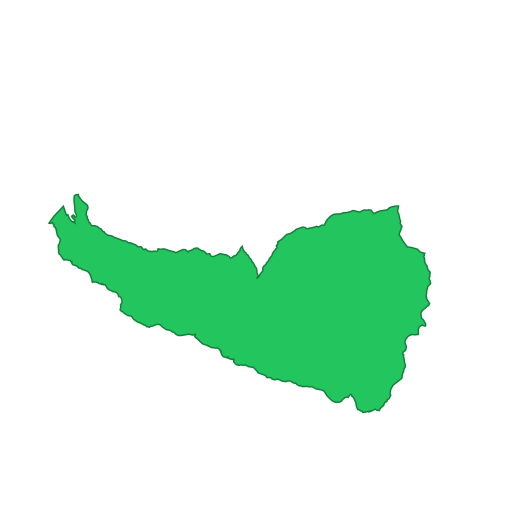 the district of Leresti, Arges, Romania, rotated 124°
{"feature_id": "2599482B20618931302100", "entity_name": "Leresti", "entity_type": "district", "adm_level": 2, "iso_a3": "ROU", "parent_name": "Romania", "parent_adm1": "Arges", "projection": "robinson", "projection_center": [25.045, 45.399], "detail": "fine", "context": "isolated", "style": "filled", "palette": "green", "viewbox_px": 512, "rotation_deg": 124, "n_neighbors": 0, "source": "geoboundaries", "source_scale": "gbopen_adm2", "svg_char_len": 6086}
<svg xmlns="http://www.w3.org/2000/svg" viewBox="0 0 512 512"><g transform="rotate(124 256 256)"><path d="M255.7,272.8L258.4,273.2L260.9,272.4L262.9,272.9L266.1,272.7L269.0,274.7L270.4,274.8L271.8,275.6L272.0,276.0L271.5,277.7L271.6,281.0L274.2,287.1L277.6,289.1L280.0,290.8L280.9,291.9L281.2,293.8L280.0,295.6L280.1,296.0L281.6,297.3L281.8,298.1L281.1,301.5L282.1,304.7L282.3,309.4L284.3,311.4L286.3,312.2L290.0,314.7L290.6,314.6L290.2,318.1L291.5,320.2L298.2,324.4L298.2,326.0L300.1,331.0L301.3,335.7L301.8,336.7L303.6,338.5L304.5,340.1L304.4,340.6L305.1,341.2L306.5,340.5L307.6,340.7L309.1,343.4L310.4,344.6L312.1,348.0L312.3,349.3L311.9,351.1L312.2,351.9L313.3,352.2L313.3,352.7L313.4,353.9L312.5,356.3L314.4,359.2L314.0,361.8L315.4,367.7L316.3,369.1L316.4,372.5L318.0,375.4L318.0,377.0L319.9,384.1L319.9,386.2L320.5,388.2L321.6,390.3L321.7,392.5L321.5,393.8L320.9,395.3L321.2,396.6L320.2,399.7L320.6,401.0L320.4,404.0L320.8,406.2L322.7,409.0L322.7,409.7L321.4,411.7L321.6,412.9L321.4,413.4L319.7,415.4L319.6,416.4L317.7,418.0L317.0,419.6L314.1,421.4L310.0,422.1L308.2,424.2L307.4,431.7L305.6,436.5L304.3,437.7L305.9,439.5L307.2,440.2L308.4,440.0L312.2,437.6L317.7,432.8L319.7,431.6L321.1,430.0L322.0,428.4L323.5,427.0L325.2,427.5L325.1,428.6L324.6,429.0L324.9,429.1L324.2,430.4L326.2,431.1L327.3,428.3L327.2,426.5L327.8,426.0L329.2,426.2L329.3,425.4L329.7,425.5L329.9,425.0L330.3,427.8L329.9,430.2L328.8,432.6L326.9,435.2L328.0,435.7L327.8,436.5L322.5,443.5L335.6,445.7L344.5,446.0L344.2,444.9L342.1,443.2L343.0,442.0L342.7,441.2L344.6,440.0L344.4,438.6L345.9,436.5L345.5,436.2L347.2,435.2L350.1,432.0L351.5,427.8L352.1,427.1L356.3,425.8L357.1,426.0L358.0,425.7L363.4,421.6L364.5,420.1L364.4,419.1L366.7,413.3L366.4,412.4L365.4,411.8L363.6,407.2L364.3,406.0L363.7,405.4L364.6,405.1L365.7,403.3L364.6,399.6L364.6,397.6L365.1,396.1L364.4,394.8L364.2,393.3L364.5,392.6L364.0,391.7L363.0,387.5L363.2,385.5L363.8,383.8L366.9,379.3L369.3,377.1L369.3,376.8L368.4,376.4L368.0,375.4L367.3,374.9L366.4,371.6L366.7,370.6L365.9,369.3L365.9,367.9L365.6,367.6L364.9,367.8L365.1,366.1L364.1,364.9L365.8,361.6L366.3,359.5L365.8,357.6L365.6,354.9L364.4,352.1L364.3,351.0L364.5,350.0L365.1,348.6L366.2,347.5L366.3,346.9L365.8,346.0L365.9,344.7L368.0,342.1L369.2,341.2L372.4,340.9L374.3,339.3L376.4,338.7L376.9,338.1L377.1,336.3L376.8,335.2L377.1,333.5L377.1,329.7L376.9,328.6L375.7,326.2L375.8,324.8L377.1,321.7L376.7,320.0L377.1,318.8L376.7,315.7L376.1,314.8L376.1,312.6L375.6,311.5L376.0,310.8L375.4,309.3L375.6,306.8L374.7,305.1L374.7,304.5L373.4,304.2L371.9,302.5L368.9,300.6L367.5,299.1L366.6,296.9L367.2,294.1L367.2,288.9L366.5,287.9L365.7,285.5L365.5,283.7L365.7,283.1L365.1,280.9L365.7,279.0L365.5,276.4L364.0,273.8L358.5,268.1L357.6,266.2L357.2,264.5L354.8,262.5L355.4,262.1L356.8,262.0L357.3,261.0L357.9,255.5L358.2,254.8L358.7,251.3L357.6,247.2L356.7,241.4L355.7,239.9L355.5,238.8L353.8,236.5L353.7,235.8L353.8,234.3L354.2,233.8L354.0,233.0L354.4,232.7L354.4,232.2L354.9,232.1L355.4,230.8L356.0,230.8L357.6,227.7L357.6,226.2L356.8,224.4L356.7,223.2L355.7,222.8L356.4,222.5L355.6,219.0L355.2,218.0L354.9,218.1L354.4,217.1L353.9,216.9L354.5,216.1L355.6,215.8L356.6,214.5L357.0,211.3L356.1,208.9L354.9,207.9L353.8,205.6L352.4,204.0L351.8,200.1L349.8,195.8L350.8,191.2L351.7,188.9L349.7,181.2L350.6,179.3L350.3,178.3L348.6,175.9L349.0,174.0L348.8,172.8L347.7,170.6L346.4,169.6L345.6,168.4L345.3,165.0L344.9,164.1L343.6,161.2L341.0,158.8L340.5,157.9L340.3,153.9L339.3,151.7L339.7,150.3L339.4,147.3L338.5,146.6L338.3,144.4L335.4,140.5L335.0,139.3L333.0,136.2L332.8,135.0L332.8,132.6L330.3,126.5L330.0,123.9L332.2,118.8L333.4,112.7L333.0,108.5L330.4,105.1L328.6,104.0L325.8,103.8L323.4,102.9L322.0,101.5L321.5,100.5L318.2,100.5L317.6,100.0L317.8,99.1L318.4,98.5L318.8,95.9L319.3,95.1L321.8,91.2L324.7,88.4L326.5,85.8L326.1,85.3L325.8,82.0L325.3,81.0L325.9,79.9L323.9,77.6L322.7,76.8L322.2,75.4L321.3,75.5L320.9,75.1L321.4,74.7L321.1,74.2L316.4,71.6L316.2,69.4L315.4,67.5L311.8,67.6L308.4,66.6L306.6,67.2L305.1,67.2L304.2,66.5L302.9,66.3L301.4,66.9L300.4,66.0L299.1,66.0L296.1,66.4L295.2,67.9L291.6,69.6L286.7,70.2L275.9,66.7L271.7,68.7L269.8,68.9L267.0,70.0L264.5,70.2L263.5,70.7L260.9,73.6L259.1,75.1L256.3,78.0L255.5,78.1L255.2,79.3L254.3,80.0L252.8,80.3L250.9,79.3L248.8,79.8L247.0,80.7L244.4,84.3L241.6,85.2L238.5,85.2L236.4,84.6L234.0,82.9L232.3,80.0L230.2,77.5L226.2,80.3L223.5,81.0L220.8,80.0L220.2,79.1L219.9,77.3L219.4,77.0L219.3,76.4L218.9,76.4L217.3,77.6L215.4,81.4L215.0,84.0L211.5,87.2L209.3,87.7L207.9,87.6L203.8,86.3L202.0,86.2L200.8,85.2L198.2,85.6L196.2,90.7L195.0,91.2L194.0,92.8L192.1,93.4L188.8,95.4L187.7,95.5L185.9,96.3L184.4,96.4L181.3,95.8L179.4,97.5L177.9,100.0L176.4,100.2L172.0,102.6L171.3,105.3L170.2,107.1L168.7,108.6L167.1,112.4L166.3,112.8L165.5,113.9L164.3,114.4L162.7,116.5L161.5,116.8L160.2,117.7L159.4,117.6L160.9,122.0L160.1,125.9L162.1,132.2L163.9,135.5L161.7,141.8L158.1,149.5L150.0,151.4L148.4,154.6L146.1,155.7L145.3,157.1L140.9,161.7L140.7,162.7L139.0,164.0L134.9,165.8L137.1,168.8L139.8,171.3L141.4,172.4L144.4,173.0L148.6,177.7L151.3,179.9L154.9,182.0L154.3,184.7L153.6,186.0L154.6,188.2L155.8,189.4L157.0,191.6L158.5,192.9L161.3,194.4L161.9,195.2L163.8,200.7L164.7,201.5L166.4,202.3L167.6,203.7L168.5,204.2L171.3,207.7L174.3,209.9L175.0,211.2L177.9,214.8L180.9,216.3L184.9,217.2L188.3,217.3L189.6,216.9L192.6,216.8L193.6,218.8L196.9,220.3L197.7,222.6L199.4,223.5L200.1,224.6L201.2,225.0L202.6,227.0L204.7,228.5L205.1,229.6L204.9,231.2L205.9,233.5L211.6,237.7L213.1,237.9L217.8,239.9L220.8,242.5L228.7,244.3L230.3,245.2L232.2,245.4L232.3,245.7L234.2,244.7L236.3,244.8L236.7,243.7L237.4,243.2L238.8,243.6L239.5,243.2L241.0,243.7L244.1,243.8L247.2,243.0L250.0,243.4L253.4,243.0L255.9,243.4L257.1,243.1L260.6,243.9L261.4,243.9L264.7,242.1L268.3,242.4L271.8,242.0L273.3,242.4L273.7,242.9L271.8,242.9L270.4,244.2L269.5,245.7L266.7,247.9L265.8,249.1L265.2,250.9L263.3,254.3L263.0,255.7L261.5,258.6L261.3,260.4L259.9,262.8L259.7,263.6L259.9,265.1L259.2,265.9L258.9,267.7L258.0,270.2L255.7,272.8Z" fill="#22c55e" stroke="#15803d" stroke-width="1.5"/></g></svg>